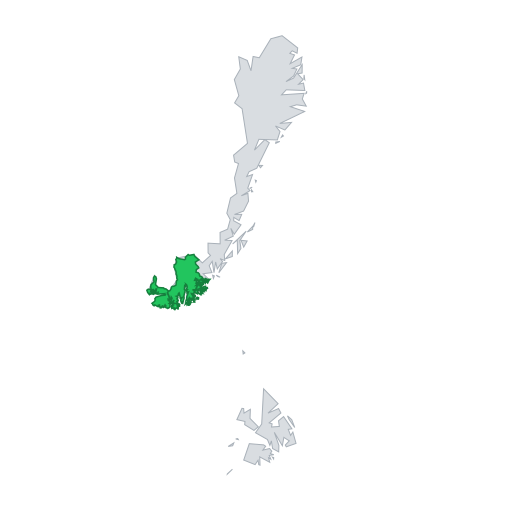 Finnmark on a map of Norway (orthographic projection), rotated 159°
{"feature_id": "NOR-1062", "entity_name": "Finnmark", "entity_type": "County", "adm_level": 1, "iso_a3": "NOR", "parent_name": "Norway", "parent_adm1": "", "projection": "orthographic", "projection_center": [25.614, 69.86], "detail": "fine", "context": "in_parent", "style": "filled", "palette": "green", "viewbox_px": 512, "rotation_deg": 159, "n_neighbors": 0, "source": "natural_earth", "source_scale": "10m", "svg_char_len": 9791}
<svg xmlns="http://www.w3.org/2000/svg" viewBox="0 0 512 512"><g transform="rotate(159 256 256)"><path d="M308.6,268.8L298.3,272.8L299.6,276.1L296.2,285.2L285.1,280.2L281.1,290.9L272.9,291.2L267.0,299.2L267.9,306.4L259.0,319.3L251.4,321.3L248.1,336.6L239.2,348.6L242.2,351.4L240.8,358.2L223.6,364.2L216.2,398.5L221.1,406.6L214.6,411.8L213.0,428.5L203.6,436.2L200.7,448.2L194.1,441.7L194.3,430.7L187.2,443.3L181.9,439.9L164.3,453.5L152.7,452.3L142.5,435.3L145.0,430.6L148.7,434.6L151.8,433.1L148.0,429.9L155.2,423.3L141.8,425.3L145.7,418.5L154.9,418.2L150.8,415.9L156.4,410.6L165.5,408.1L157.2,408.6L144.3,418.1L147.4,410.3L151.8,411.2L148.8,403.8L154.7,401.1L149.7,400.4L151.1,393.0L168.2,400.3L174.4,397.3L152.8,390.6L156.5,386.0L155.4,377.9L163.9,382.6L170.4,383.1L158.8,373.5L186.3,371.2L175.0,368.0L183.9,363.3L191.2,370.4L189.0,363.6L194.5,356.7L211.5,363.9L219.5,355.4L206.0,361.5L203.0,357.0L223.8,337.7L232.2,337.2L236.2,333.5L230.0,333.3L239.4,322.3L238.1,319.2L248.1,317.5L241.1,317.4L243.3,309.9L251.5,302.4L261.2,302.5L254.4,300.0L259.1,295.1L262.9,300.0L264.2,296.9L258.8,290.5L268.5,284.1L269.6,290.9L270.1,282.7L279.6,282.0L272.8,279.0L285.1,268.8L286.8,263.0L290.5,266.4L289.2,262.9L296.8,257.8L295.8,264.9L301.2,255.5L298.8,266.7L303.2,263.7L303.1,256.3L311.7,258.4L308.2,250.6L316.8,248.5L320.8,256.0L330.2,236.9L336.4,240.6L331.7,253.9L340.9,238.7L341.5,248.2L344.0,246.2L347.5,235.2L352.5,237.2L349.6,242.9L352.0,243.0L351.8,250.9L355.3,239.1L369.3,248.0L355.7,252.7L362.0,259.9L370.2,261.0L358.0,273.8L360.0,265.2L358.5,261.5L349.1,254.5L338.4,261.8L336.3,275.0L330.7,282.5L313.5,279.5L308.6,268.8ZM305.0,65.0L309.5,70.3L307.9,77.9L310.9,74.2L311.1,80.6L319.8,91.2L310.9,97.1L296.5,129.3L288.3,110.2L301.1,105.0L289.6,105.5L289.0,100.5L303.5,95.5L301.1,93.5L302.8,90.8L295.3,88.5L294.0,94.1L287.8,96.2L284.4,81.8L288.0,82.6L288.0,76.1L284.7,78.4L285.8,66.7L296.1,67.0L296.4,69.0L291.2,71.5L295.0,76.7L299.4,69.4L302.1,84.8L302.5,71.0L305.0,65.0ZM317.1,58.5L324.5,67.1L327.2,59.3L328.2,60.2L327.3,64.6L331.6,61.6L340.6,69.9L329.5,83.2L316.5,76.9L315.2,74.9L319.2,72.3L312.3,71.4L311.2,68.1L313.4,66.4L310.6,64.1L315.1,65.1L315.0,61.0L316.6,63.2L317.1,58.5ZM320.4,93.9L327.0,102.6L325.6,105.5L332.5,110.1L323.7,118.8L322.2,118.0L323.5,113.6L316.2,114.9L319.8,106.5L315.1,95.7L320.4,93.9ZM267.8,277.6L273.5,275.6L256.3,282.7L265.6,276.2L267.4,268.4L272.3,264.8L267.8,277.6ZM278.3,264.0L285.5,264.3L276.3,269.2L278.3,264.0ZM285.9,260.4L296.7,253.7L290.5,261.4L285.9,260.4ZM281.3,82.0L283.7,91.5L283.9,95.5L281.3,90.4L281.3,82.0ZM264.3,268.7L264.3,276.0L258.9,273.2L264.3,268.7ZM321.9,240.3L317.9,245.4L312.8,242.9L318.9,242.2L321.9,240.3ZM322.4,244.1L320.5,250.1L318.3,248.3L322.4,244.1ZM249.6,282.0L255.5,281.5L248.5,284.9L249.6,282.0ZM360.8,62.9L354.4,65.4L361.0,62.6L360.8,62.9ZM345.8,87.2L350.2,88.2L343.7,89.5L345.8,87.2ZM333.5,236.5L337.4,235.1L338.6,236.3L333.5,236.5ZM325.0,242.6L324.1,245.9L323.2,243.0L325.0,242.6ZM303.8,250.3L303.4,253.6L302.0,252.3L303.8,250.3ZM303.1,169.1L302.3,172.2L301.1,169.5L303.1,169.1ZM340.5,92.5L338.5,92.1L338.3,90.9L340.5,92.5ZM220.2,336.8L220.8,339.6L217.5,338.2L220.2,336.8ZM297.1,249.1L299.0,250.5L300.0,252.4L297.1,249.1ZM312.3,60.2L312.8,62.4L311.7,61.5L312.3,60.2ZM196.7,355.3L192.7,354.4L197.2,354.1L196.7,355.3ZM189.8,357.8L187.8,359.5L187.4,358.2L189.8,357.8ZM247.4,285.5L245.0,287.6L248.0,283.8L247.4,285.5ZM147.7,404.6L146.2,407.8L147.3,403.2L147.7,404.6ZM236.5,319.4L236.0,317.2L237.2,317.5L236.5,319.4ZM362.7,256.8L362.5,259.4L362.3,259.0L362.7,256.8ZM237.1,321.6L234.9,321.6L237.7,321.2L237.1,321.6ZM229.7,325.0L229.5,327.1L228.6,326.2L229.7,325.0ZM151.3,389.8L149.6,391.6L150.4,389.9L151.3,389.8Z" fill="#d9dde1" stroke="#a8b0b8" stroke-width="1"/><path d="M357.9,273.7L357.0,272.6L357.1,270.4L360.1,265.3L358.5,261.6L353.6,259.3L353.4,258.3L351.9,257.6L350.1,254.4L348.6,254.5L346.5,256.4L346.4,257.1L345.0,257.7L343.5,257.1L341.1,257.5L339.2,261.3L337.9,261.8L337.7,262.5L337.9,263.8L337.2,265.0L336.9,267.0L337.1,267.8L336.5,268.9L336.2,270.7L336.4,272.3L336.3,273.7L336.6,275.0L335.5,277.2L334.2,277.0L332.6,278.4L332.2,279.3L332.1,281.5L330.8,282.3L330.5,283.2L328.9,281.1L323.9,278.1L322.9,278.4L322.5,280.0L318.8,281.7L317.9,280.5L313.4,279.7L313.3,277.6L310.7,272.9L314.8,272.1L315.2,270.0L313.8,266.8L313.7,265.4L316.6,264.7L317.8,262.4L315.9,261.0L315.3,259.2L315.7,258.5L315.4,258.0L315.6,257.0L314.1,256.3L313.0,252.3L311.4,253.3L309.8,251.6L307.4,250.7L308.8,250.0L309.1,251.1L309.4,249.3L309.7,249.1L311.4,252.5L311.4,251.4L311.6,251.3L311.1,250.4L312.5,249.2L312.3,249.9L313.0,249.5L313.1,250.9L313.3,250.7L313.3,250.0L314.3,250.0L314.0,251.1L314.1,252.2L313.7,252.7L314.0,252.8L315.8,253.1L314.3,252.2L314.9,250.6L318.5,251.7L317.6,253.3L315.0,253.8L314.0,254.6L317.8,253.6L318.8,252.8L318.7,254.9L319.4,255.0L319.5,256.1L319.1,256.5L320.5,255.8L320.6,256.7L322.0,255.3L320.5,254.9L319.7,253.9L321.0,253.4L321.2,253.1L320.6,252.5L321.4,252.0L320.2,251.6L322.1,251.1L320.7,250.8L322.7,250.0L321.7,249.7L322.1,248.8L324.7,246.2L327.4,247.3L325.9,245.6L326.9,244.4L327.5,242.9L329.8,244.2L329.8,243.4L329.4,242.5L326.9,241.1L327.1,240.1L327.8,239.5L329.3,241.2L329.2,239.7L329.9,239.5L329.2,239.0L329.0,238.3L329.5,238.0L329.2,237.6L330.3,237.7L330.7,238.4L330.5,238.8L331.5,238.7L331.4,237.8L331.8,237.6L331.9,238.4L331.1,239.5L332.0,239.9L332.5,238.6L333.1,239.7L333.1,241.0L333.7,240.6L334.0,239.3L333.7,238.0L333.8,237.5L334.9,238.6L334.3,240.1L335.7,239.1L336.3,239.8L337.3,239.5L335.5,241.6L335.6,242.1L335.4,242.5L332.0,246.5L333.3,246.3L333.0,246.8L331.9,246.7L333.3,247.4L333.1,247.5L333.1,248.7L332.0,249.2L332.8,250.0L331.3,251.6L331.1,253.0L331.1,254.0L331.5,254.7L331.5,253.4L332.1,253.1L331.9,253.6L332.3,253.6L332.0,254.0L332.5,254.4L333.1,254.1L334.9,250.4L334.3,249.5L337.7,244.5L338.2,242.5L341.5,238.0L342.2,238.4L342.3,239.2L341.9,239.9L342.4,240.2L342.1,242.0L339.9,243.7L341.9,243.8L341.3,246.2L341.5,246.9L341.1,247.5L341.0,249.1L341.9,248.7L341.8,248.1L342.6,247.8L342.9,246.8L344.8,247.0L343.9,245.9L344.1,245.3L343.9,245.2L344.6,244.3L345.7,244.8L344.7,243.8L345.0,243.0L344.5,242.6L344.7,242.1L346.1,241.8L345.7,241.2L346.0,240.3L347.9,240.6L346.9,240.2L347.3,239.8L346.4,239.3L346.5,238.6L345.1,239.0L344.7,238.5L344.7,237.9L346.1,238.0L345.3,237.0L345.4,236.5L346.8,236.8L347.3,237.8L347.5,236.6L347.2,236.4L347.1,235.5L347.8,234.5L348.2,234.9L348.3,235.8L349.3,236.1L350.2,235.5L350.5,236.0L351.1,235.1L351.6,235.7L351.3,237.1L353.4,237.2L353.1,238.8L352.4,238.9L352.9,239.2L352.3,239.6L352.4,240.0L351.6,239.9L352.0,240.3L351.8,240.6L348.7,240.8L349.1,241.2L348.8,241.7L349.6,241.2L351.0,241.8L348.1,244.3L352.1,242.3L351.8,244.0L349.5,246.6L349.7,247.6L350.1,246.5L351.6,246.1L350.7,247.3L351.3,246.8L351.3,247.3L352.5,245.8L351.5,248.4L351.7,253.1L350.8,254.3L351.9,253.4L352.1,252.3L351.8,250.3L352.0,248.1L352.9,246.3L353.6,247.1L353.9,245.9L352.9,245.0L353.5,242.7L354.1,242.7L353.5,241.9L353.7,241.4L355.0,239.0L356.8,238.7L356.7,239.1L357.7,239.2L358.9,240.4L358.3,241.3L359.0,241.3L358.5,241.6L358.7,241.9L358.3,242.4L358.4,243.0L360.8,241.1L361.3,241.4L361.4,242.1L360.8,243.4L363.3,241.5L364.0,242.0L363.4,242.7L365.0,243.6L363.7,244.5L364.0,244.9L362.9,244.8L364.0,245.0L366.0,244.2L368.0,246.6L369.0,246.0L369.9,247.5L369.7,248.3L370.1,249.1L366.8,250.0L365.8,251.3L365.8,252.3L364.3,253.3L364.6,253.5L358.5,253.0L354.8,252.0L354.6,252.2L355.5,252.3L354.7,253.5L356.2,253.6L355.4,253.8L361.7,255.7L359.7,257.9L360.8,256.8L362.1,256.8L362.4,258.1L360.8,260.7L361.1,260.6L360.8,261.6L361.9,260.1L364.2,259.2L364.4,259.2L363.6,260.5L363.7,260.9L364.5,259.8L365.3,260.7L364.7,259.5L365.3,259.2L364.9,258.4L364.9,257.1L365.7,257.0L365.9,257.3L365.6,257.7L366.5,257.9L366.7,260.4L366.3,260.9L367.0,260.8L366.8,258.3L367.0,258.1L368.5,258.2L368.6,258.9L369.4,258.2L370.2,260.6L370.2,263.1L369.3,263.6L367.7,263.4L365.7,261.7L364.9,261.8L365.6,262.2L365.8,263.2L365.2,265.4L364.2,266.9L360.5,268.4L359.6,272.3L357.9,273.7ZM316.2,246.0L314.6,245.9L314.5,245.2L313.6,246.4L314.4,244.6L314.2,244.5L314.8,243.8L313.0,244.1L312.8,244.0L313.2,243.4L312.5,243.1L314.2,243.5L314.5,242.7L315.4,243.6L315.3,242.1L315.9,242.7L316.2,242.0L316.9,242.5L316.5,243.2L317.1,243.1L317.3,244.2L317.5,243.3L318.0,243.3L317.4,241.4L318.6,241.9L318.4,242.5L318.9,243.1L319.3,242.0L320.2,241.8L319.3,240.7L319.8,240.6L319.6,240.3L321.2,241.0L321.1,239.4L321.3,239.4L322.2,240.7L321.6,240.9L322.0,241.2L321.2,241.5L320.8,242.8L320.1,242.6L319.9,243.1L320.2,243.3L320.0,243.7L319.4,243.8L319.7,244.1L319.5,244.6L318.2,244.7L318.6,245.1L317.6,245.7L316.7,244.9L316.2,246.0ZM323.1,246.3L322.6,247.9L320.1,250.3L319.3,249.9L319.7,247.8L319.0,249.2L317.9,247.9L318.5,247.9L318.6,247.7L318.2,247.1L319.0,246.2L320.3,245.9L320.1,245.3L320.6,245.6L320.7,246.7L320.9,245.3L322.3,245.5L321.5,244.1L322.6,244.2L322.6,245.7L323.1,246.3ZM337.5,237.1L339.1,236.5L338.2,237.6L336.1,237.6L336.2,238.2L335.0,238.5L334.2,237.4L335.1,236.8L333.4,236.6L333.8,235.9L333.5,235.7L334.4,235.7L334.5,235.2L336.0,236.1L335.0,234.4L335.7,234.0L336.6,234.2L336.6,235.3L337.9,234.9L337.7,235.8L337.1,236.1L337.5,236.4L337.3,236.9L337.5,237.1ZM325.2,242.5L326.1,244.2L325.9,244.7L324.0,246.1L323.0,244.5L323.4,243.2L323.0,242.7L323.5,241.7L324.2,241.6L324.3,242.5L325.2,242.5ZM318.3,249.8L318.8,250.8L315.2,249.9L314.8,249.2L315.1,248.6L315.6,249.3L315.5,248.3L316.8,248.0L317.0,249.2L317.3,248.1L317.7,249.3L318.5,249.5L318.3,249.8ZM364.0,258.1L364.6,258.1L362.1,259.5L362.8,258.1L362.8,256.7L363.8,257.0L364.0,258.1ZM325.9,237.7L327.0,237.8L325.7,238.6L324.9,237.8L325.7,237.4L324.8,237.0L325.2,236.4L326.8,237.1L325.9,237.7ZM310.8,248.1L311.1,249.1L310.5,250.2L310.5,248.3L310.8,248.1ZM330.6,235.3L330.2,236.6L329.3,236.0L330.0,235.8L329.9,235.0L330.6,235.3Z" fill="#22c55e" stroke="#15803d" stroke-width="1.5"/></g></svg>